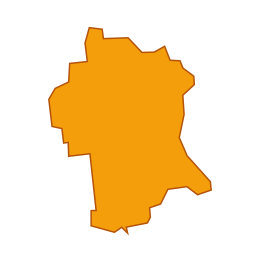 Lewis, Tennessee, United States of America, rotated 83°
{"feature_id": "52423323B63074123896929", "entity_name": "Lewis", "entity_type": "district", "adm_level": 2, "iso_a3": "USA", "parent_name": "United States of America", "parent_adm1": "Tennessee", "projection": "natural_earth1", "projection_center": [-87.489, 35.529], "detail": "fine", "context": "isolated", "style": "filled", "palette": "amber", "viewbox_px": 256, "rotation_deg": 83, "n_neighbors": 0, "source": "geoboundaries", "source_scale": "gbopen_adm2", "svg_char_len": 674}
<svg xmlns="http://www.w3.org/2000/svg" viewBox="0 0 256 256"><g transform="rotate(83 128 128)"><path d="M51.4,81.7L55.9,92.8L54.7,105.0L38.5,116.9L36.3,141.5L26.8,141.6L23.7,154.2L38.5,160.3L57.1,160.3L56.8,178.0L75.1,181.3L79.8,195.4L89.9,203.1L117.2,203.2L120.5,193.7L135.1,193.7L135.0,189.1L148.8,190.3L148.9,168.9L206.0,169.7L205.5,174.7L220.6,176.5L229.8,154.2L225.8,146.4L232.3,141.2L226.2,141.8L224.6,120.3L219.3,116.7L209.8,116.3L207.4,104.9L193.7,95.9L193.4,76.7L202.7,67.1L199.7,53.0L191.3,52.8L162.8,72.7L143.8,78.3L121.4,70.7L102.1,69.6L93.0,56.9L84.6,56.4L75.2,66.2L67.6,68.2L65.9,78.0L51.4,81.7Z" fill="#f59e0b" stroke="#b45309" stroke-width="1.5"/></g></svg>